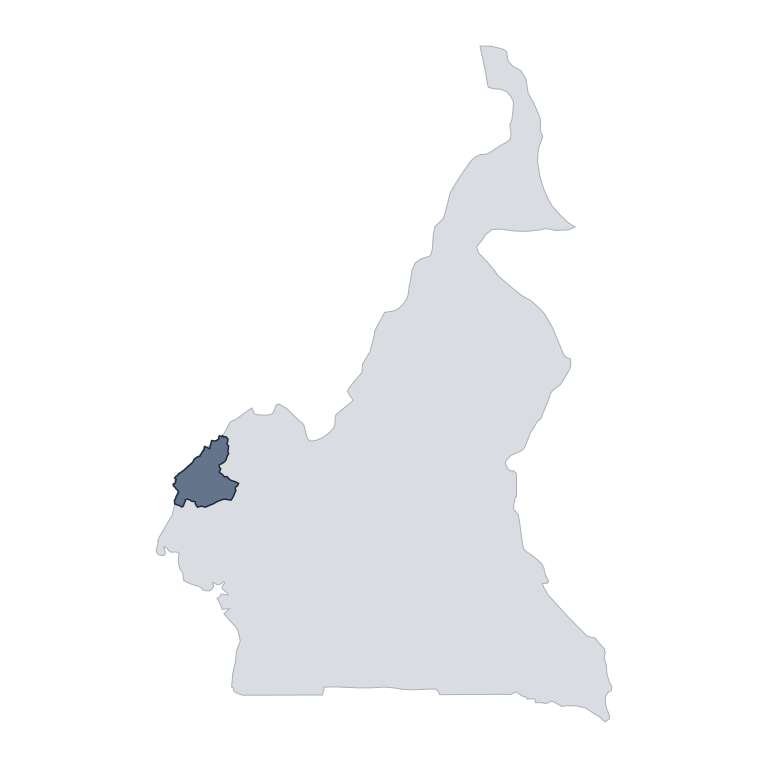 Manyu, Sud-Ouest, Cameroon shown in context
{"feature_id": "32672807B1261524164639", "entity_name": "Manyu", "entity_type": "district", "adm_level": 2, "iso_a3": "CMR", "parent_name": "Cameroon", "parent_adm1": "Sud-Ouest", "projection": "albers", "projection_center": [9.296, 5.93], "detail": "fine", "context": "in_parent", "style": "filled", "palette": "slate", "viewbox_px": 768, "rotation_deg": 0, "n_neighbors": 0, "source": "geoboundaries", "source_scale": "gbopen_adm2", "svg_char_len": 6454}
<svg xmlns="http://www.w3.org/2000/svg" viewBox="0 0 768 768"><path d="M157.6,541.4L159.4,536.8L172.2,515.1L180.1,480.4L183.8,472.2L187.5,466.8L206.1,448.3L213.0,442.4L223.0,435.7L230.1,422.1L232.5,420.7L235.7,419.5L251.6,408.0L253.0,410.2L254.0,413.0L255.2,414.3L260.4,415.1L267.5,415.1L271.6,414.2L273.7,411.9L275.9,405.5L277.2,404.3L278.9,404.0L286.6,408.4L299.5,421.0L302.7,423.2L304.1,425.7L306.9,437.1L308.5,439.9L311.3,441.1L316.3,440.3L321.4,438.3L326.0,435.3L330.4,431.6L333.5,428.1L334.8,425.6L335.4,416.2L336.4,414.2L353.0,400.6L352.6,399.3L349.8,395.5L347.4,391.3L349.8,387.0L352.4,383.7L362.0,372.4L362.5,364.2L370.1,351.4L374.5,334.4L374.6,331.1L384.5,312.5L395.0,310.7L399.1,308.1L403.7,303.4L406.7,299.1L408.1,295.0L409.1,287.1L410.9,278.1L412.0,270.2L415.2,262.9L420.4,259.2L429.6,256.1L430.9,254.6L432.2,249.8L433.4,233.7L434.9,226.6L443.4,218.5L447.0,205.9L450.2,192.7L459.8,176.7L470.9,160.8L476.1,156.5L480.5,154.5L485.6,154.3L489.0,153.1L501.1,145.1L506.2,142.4L509.9,139.6L510.7,137.2L511.1,133.8L509.8,125.6L511.9,119.6L513.0,110.3L513.5,103.1L513.0,100.6L510.7,96.4L507.0,92.0L500.9,89.3L492.6,88.6L488.2,87.1L486.5,78.8L485.9,73.6L480.0,46.1L490.6,46.1L503.3,49.2L506.5,51.7L508.2,61.1L512.9,66.4L521.0,70.7L526.1,79.7L528.2,93.5L532.7,101.6L533.7,102.9L540.2,118.4L540.6,125.6L540.1,130.4L542.8,136.4L539.0,146.7L537.9,153.0L537.6,161.8L540.1,177.3L543.9,189.3L548.1,199.0L552.5,206.5L559.9,214.7L567.7,222.3L575.0,227.0L568.4,229.9L555.4,230.4L547.9,228.8L544.4,228.8L540.8,229.8L526.9,231.4L513.0,230.9L500.0,229.1L492.1,229.5L486.1,234.1L481.2,241.2L476.6,246.7L478.3,252.8L481.8,256.2L488.6,263.5L494.6,270.7L497.8,275.5L509.9,286.0L521.5,295.4L527.1,298.6L529.1,299.3L535.5,304.6L544.3,313.4L552.4,327.3L564.0,355.2L566.5,357.5L570.3,358.9L570.8,361.9L570.6,366.2L569.4,369.8L560.5,384.6L552.7,390.3L550.5,393.7L547.6,402.2L540.6,418.9L537.5,421.3L530.5,432.6L524.9,446.9L523.4,449.1L521.1,450.9L512.8,454.5L510.0,456.3L505.9,460.8L505.3,463.6L507.3,467.7L509.6,470.8L514.0,470.9L516.4,473.9L516.6,495.9L514.7,499.2L514.7,500.7L513.8,504.5L513.6,508.7L514.2,510.4L515.9,511.7L518.2,514.7L519.5,521.4L522.6,545.2L523.9,548.9L526.3,551.5L533.6,556.6L541.4,563.2L543.8,567.6L545.3,574.8L548.3,580.4L548.3,582.3L547.1,583.1L542.3,583.6L543.9,587.7L548.0,594.8L567.8,616.6L586.9,636.0L591.3,637.3L594.6,637.7L596.0,638.9L597.8,641.7L604.2,648.7L605.3,652.9L604.0,656.8L605.5,662.9L606.7,665.1L606.3,667.1L607.1,674.6L608.9,681.1L611.8,686.6L611.4,690.5L607.8,692.7L605.7,696.4L605.2,701.4L606.3,707.5L609.2,714.8L609.4,719.0L604.8,721.9L599.7,717.0L594.1,713.7L585.7,708.0L577.3,706.0L566.4,705.7L561.7,706.5L553.6,701.8L551.0,701.2L547.4,703.2L544.9,703.3L541.8,702.6L535.6,702.7L535.0,699.4L533.9,698.7L527.3,699.1L525.2,696.3L524.3,696.6L521.7,695.8L516.2,691.8L510.6,694.5L498.9,694.3L439.7,694.7L438.2,691.0L435.3,689.1L429.9,689.0L414.3,689.8L402.2,689.3L394.1,687.9L384.1,687.1L371.7,687.8L359.0,687.9L336.3,686.9L323.8,687.1L324.1,689.4L323.3,691.1L322.6,695.0L242.2,695.2L235.7,692.5L233.7,690.8L233.1,687.5L231.6,687.1L232.8,673.1L235.5,661.5L236.6,650.7L240.3,641.1L238.3,631.5L236.0,627.3L223.9,613.8L229.4,608.7L222.1,609.4L220.5,604.4L217.0,598.3L219.1,597.4L221.2,594.0L227.9,595.1L227.6,593.4L221.9,588.4L222.5,585.8L224.8,583.0L223.7,581.8L219.6,584.7L216.6,584.6L214.3,582.7L212.6,582.4L213.7,586.3L211.4,589.7L209.2,590.9L205.4,590.7L202.4,589.9L201.6,587.9L198.7,586.5L190.7,583.9L183.9,580.9L182.6,572.6L179.9,569.1L178.8,565.0L178.2,560.4L179.1,553.4L177.4,552.3L175.4,551.9L172.5,552.2L169.8,551.8L166.6,547.9L163.8,546.4L165.5,553.6L163.5,555.6L158.7,555.0L156.6,552.3L156.2,550.3L158.5,541.6L157.6,541.4Z" fill="#d9dde1" stroke="#a8b0b8" stroke-width="1"/><path d="M225.8,436.8L225.7,436.8L225.5,437.0L225.2,437.0L225.0,436.7L224.8,436.7L224.6,436.9L224.2,436.8L223.5,437.0L223.4,436.9L223.2,436.5L222.9,436.3L222.6,435.8L222.4,436.2L222.1,436.2L221.8,436.2L221.5,436.5L220.9,436.1L220.4,436.1L220.0,436.0L219.7,435.8L219.4,435.8L219.0,436.7L218.7,437.2L218.7,437.7L218.6,438.1L218.7,438.3L218.8,439.1L218.7,439.2L218.6,439.3L217.5,439.9L216.1,440.8L215.2,441.0L214.4,441.0L213.6,440.8L211.9,440.5L211.6,440.6L211.4,441.3L211.3,441.5L211.3,441.8L211.2,442.3L211.3,442.7L211.2,443.0L210.9,443.8L210.7,444.6L210.5,444.8L210.4,445.4L210.4,445.9L209.7,448.6L209.1,448.5L207.2,447.5L206.8,447.2L206.4,447.2L205.7,446.9L204.9,446.5L204.7,446.4L204.4,446.8L204.3,447.9L204.0,448.2L204.1,448.5L204.2,448.9L204.1,449.3L204.2,449.6L204.0,450.1L203.7,450.2L203.7,450.3L203.2,450.4L203.2,450.5L203.4,450.7L203.4,450.8L203.3,451.0L202.9,451.0L202.4,451.7L201.5,453.5L201.1,453.9L200.9,454.5L199.7,456.4L199.1,456.5L198.7,456.6L198.3,456.8L197.5,456.9L196.6,457.3L195.0,458.5L194.6,459.0L193.9,459.6L193.4,460.8L193.0,462.0L192.0,463.0L190.3,464.5L190.2,464.6L188.3,466.1L188.0,466.5L186.6,467.8L186.2,468.0L184.0,470.0L183.7,470.4L183.2,470.7L182.7,471.0L182.2,471.3L180.1,473.0L179.0,473.3L178.5,473.9L177.4,475.5L175.8,476.4L175.2,477.4L174.7,477.7L174.6,477.8L175.0,478.6L175.3,479.0L176.0,479.2L176.2,479.4L176.3,479.6L176.2,480.1L176.0,480.4L175.4,480.9L175.3,481.1L175.2,481.3L175.6,481.9L175.6,482.1L175.2,482.8L173.8,484.6L173.6,484.5L173.3,484.0L173.1,484.3L173.2,484.7L173.3,485.5L173.4,485.8L173.5,485.9L174.0,486.3L174.3,486.8L175.2,487.2L175.6,488.1L175.9,488.7L176.6,489.4L177.1,489.7L177.7,490.3L177.8,490.4L178.2,490.9L178.4,491.6L178.5,492.6L178.3,493.1L177.7,493.7L177.5,494.6L176.6,495.7L176.2,496.5L176.0,496.9L175.8,497.5L175.7,498.5L175.6,498.8L174.7,499.7L174.5,500.1L174.4,500.7L174.7,501.6L174.6,502.2L174.5,502.7L174.5,503.1L174.7,503.9L180.3,505.9L181.6,507.0L182.1,506.7L183.1,506.4L183.4,505.9L184.5,502.7L185.0,502.0L185.3,501.0L185.2,499.9L187.5,499.1L187.8,499.2L189.5,499.8L190.2,500.2L191.7,501.3L193.9,501.5L195.2,501.8L195.4,504.0L196.4,505.7L197.6,507.2L199.4,506.6L201.5,506.2L204.5,506.9L205.3,507.1L205.6,507.1L209.1,505.5L213.2,503.9L217.7,501.3L223.0,499.4L225.2,499.2L231.1,500.1L232.1,498.7L233.6,495.9L233.8,495.4L235.9,490.3L235.1,488.2L235.9,486.8L237.4,485.9L238.6,483.4L235.3,481.7L231.2,480.5L228.9,479.0L227.9,477.4L226.7,476.5L224.7,476.9L223.0,475.3L222.1,474.1L220.4,473.2L219.2,472.1L219.8,471.1L220.7,468.9L219.4,467.0L219.0,466.0L219.2,464.9L221.1,464.0L223.6,462.6L225.8,460.3L227.1,456.4L228.6,453.7L227.9,451.7L228.6,446.2L226.9,443.9L227.7,441.6L227.9,438.8L227.0,438.0L226.0,436.9L225.8,436.8Z" fill="#64748b" stroke="#1e293b" stroke-width="1.5"/></svg>